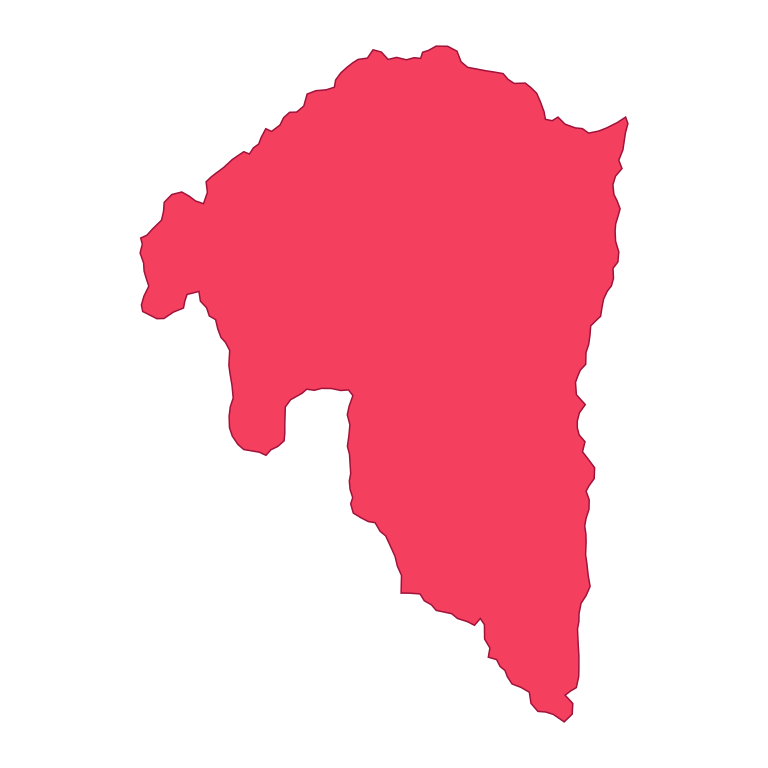 Araucária, Paraná, Brazil
{"feature_id": "56859067B5801785270412", "entity_name": "Araucária", "entity_type": "district", "adm_level": 2, "iso_a3": "BRA", "parent_name": "Brazil", "parent_adm1": "Paraná", "projection": "albers", "projection_center": [-49.447, -25.635], "detail": "fine", "context": "isolated", "style": "filled", "palette": "rose", "viewbox_px": 768, "rotation_deg": 0, "n_neighbors": 0, "source": "geoboundaries", "source_scale": "gbopen_adm2", "svg_char_len": 3123}
<svg xmlns="http://www.w3.org/2000/svg" viewBox="0 0 768 768"><path d="M558.0,117.1L552.2,120.7L545.4,119.3L544.1,111.9L540.5,102.0L536.7,93.3L530.9,87.6L525.3,83.1L514.1,83.4L508.0,79.3L503.1,73.6L494.6,72.1L486.1,70.8L475.5,68.8L467.6,67.3L461.1,61.8L457.0,51.2L447.7,46.3L436.2,46.1L428.2,50.5L422.6,52.2L420.6,58.4L414.1,57.7L406.4,59.8L396.7,57.4L388.1,59.4L381.3,52.0L373.0,49.8L367.4,58.1L358.1,59.4L352.6,62.9L347.0,67.3L340.8,72.9L335.6,80.0L334.4,87.2L326.3,89.8L315.8,90.7L307.1,94.1L303.8,106.0L296.6,112.1L289.6,112.3L283.6,117.7L280.0,125.0L271.6,131.4L265.8,128.7L261.1,137.6L258.7,144.0L253.4,147.9L249.4,154.0L243.8,151.7L238.9,155.0L232.3,159.5L223.8,167.4L216.1,173.1L211.2,176.9L206.1,181.8L207.4,192.4L203.5,203.7L195.4,200.9L189.1,196.1L181.8,192.0L171.8,194.5L164.2,202.3L163.5,211.6L161.5,220.2L152.5,229.0L146.9,235.2L140.7,238.0L142.3,244.2L140.1,253.0L143.6,263.0L144.1,271.1L146.0,277.7L148.8,286.2L143.9,296.2L141.4,305.0L142.7,311.5L151.4,315.9L156.9,318.7L164.0,318.5L173.2,312.2L183.5,308.0L184.9,300.8L187.1,294.4L192.6,293.1L198.9,291.4L200.4,301.2L206.6,307.8L209.3,316.0L215.6,319.6L217.8,329.0L221.0,337.5L225.4,342.3L229.7,350.4L229.2,359.1L228.9,365.5L230.1,374.2L232.0,385.4L233.2,398.0L230.3,406.7L229.1,416.2L229.5,427.8L232.3,436.1L237.8,444.3L243.7,449.5L250.6,450.7L259.2,452.2L266.0,455.3L270.9,449.8L278.0,446.3L284.1,440.8L284.8,433.4L284.8,423.8L285.3,407.0L290.6,399.7L302.2,393.2L306.7,389.2L314.4,390.3L321.5,388.4L331.3,388.5L340.8,390.5L348.5,389.9L352.9,395.6L349.1,406.3L347.3,414.8L349.9,424.7L348.9,435.7L347.4,446.3L349.5,454.2L350.1,464.2L350.7,473.6L349.3,481.0L350.1,489.5L352.7,497.6L350.7,503.9L353.3,513.1L361.0,517.8L368.4,521.6L375.1,522.7L380.1,531.3L385.7,535.9L389.7,544.6L395.0,556.2L397.4,566.2L401.5,575.4L401.3,583.7L401.1,593.1L408.0,593.1L420.0,593.9L424.3,600.8L431.4,604.8L436.2,610.4L451.7,613.7L457.5,618.5L467.3,621.6L474.5,625.3L480.3,618.5L484.4,624.6L484.6,639.0L489.9,648.0L488.3,657.2L496.6,659.6L500.1,666.5L505.0,670.5L507.4,676.8L512.1,684.0L520.8,687.3L529.3,692.2L531.0,703.4L537.9,711.4L545.6,712.0L553.3,714.4L564.2,721.9L572.2,714.1L572.8,703.5L565.1,695.2L570.4,691.1L576.3,687.6L578.7,676.7L578.9,669.0L578.9,655.9L578.3,645.9L577.9,638.2L577.5,628.8L578.9,621.6L579.0,613.7L581.1,603.2L586.1,595.6L590.1,586.4L588.2,575.5L586.8,562.8L585.6,554.9L586.1,541.8L585.9,534.0L584.7,526.1L586.1,518.2L589.0,509.4L589.2,499.7L586.1,491.2L589.0,485.8L594.2,478.6L594.6,467.7L588.1,459.0L582.5,451.8L585.0,441.7L579.2,435.0L577.3,427.9L577.3,421.0L579.4,412.8L585.3,404.6L576.4,394.7L575.5,382.4L577.7,376.2L580.4,370.0L585.7,364.3L586.0,352.6L588.7,344.3L590.0,335.1L590.7,325.9L595.9,320.7L600.6,316.3L602.1,306.7L603.7,298.8L607.3,291.2L611.4,285.9L613.5,278.3L613.0,268.4L617.9,261.9L618.8,251.9L615.6,241.3L615.1,231.0L615.7,223.8L618.4,215.0L620.1,208.8L617.0,200.6L613.9,194.4L612.9,184.8L615.5,176.2L622.0,168.5L618.8,160.2L622.9,149.9L625.4,133.1L627.9,123.5L625.6,117.1L617.4,122.5L606.2,128.1L598.5,131.1L588.6,133.1L582.4,128.6L575.3,127.9L565.1,124.2L558.0,117.1Z" fill="#f43f5e" stroke="#9f1239" stroke-width="1.5"/></svg>